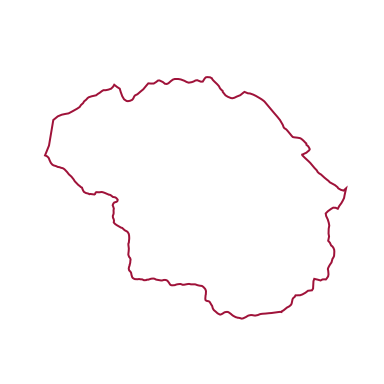 outline of Hiley, Geylegphug, Bhutan, rotated 100°
{"feature_id": "84629894B8166759987677", "entity_name": "Hiley", "entity_type": "district", "adm_level": 2, "iso_a3": "BTN", "parent_name": "Bhutan", "parent_adm1": "Geylegphug", "projection": "mercator", "projection_center": [90.268, 26.934], "detail": "fine", "context": "isolated", "style": "outline", "palette": "rose", "viewbox_px": 384, "rotation_deg": 100, "n_neighbors": 0, "source": "geoboundaries", "source_scale": "gbopen_adm2", "svg_char_len": 5980}
<svg xmlns="http://www.w3.org/2000/svg" viewBox="0 0 384 384"><g transform="rotate(100 192 192)"><path d="M76.6,192.1L75.9,194.2L76.0,194.9L76.2,197.0L76.7,198.3L77.7,199.0L78.7,199.5L79.7,199.9L81.4,200.6L81.8,202.4L81.5,203.9L81.0,206.3L81.6,208.0L82.9,209.6L83.9,211.4L84.9,214.2L84.6,216.4L83.8,218.8L83.1,222.6L83.1,225.3L83.7,228.6L84.6,230.3L86.5,232.1L89.0,234.1L90.0,235.6L90.1,237.5L88.8,239.7L87.8,243.3L88.1,244.8L89.9,246.4L91.8,248.5L92.3,251.0L92.6,253.9L94.9,255.3L99.3,257.8L102.0,260.1L105.2,262.7L106.7,264.8L107.9,265.5L110.2,266.1L111.6,266.9L112.9,268.8L113.7,270.9L113.7,272.3L112.5,275.0L109.8,277.3L106.0,279.5L102.8,281.1L101.6,284.0L99.9,287.2L102.0,288.0L104.3,289.6L105.7,292.1L106.7,294.6L107.1,296.9L108.4,298.4L110.2,300.0L111.8,301.8L113.4,303.2L115.2,307.5L116.6,310.1L117.6,311.1L119.4,312.2L121.5,314.0L123.4,314.7L125.7,316.5L127.8,317.4L130.0,319.7L133.5,324.0L136.0,327.2L137.2,330.5L138.5,333.7L140.8,337.3L145.2,341.1L171.1,340.9L181.5,343.1L181.8,341.7L182.1,340.8L183.1,339.3L184.0,338.6L185.4,337.8L187.8,336.1L189.3,334.3L189.8,333.0L190.1,330.5L190.3,329.5L190.6,328.9L190.6,326.6L190.9,325.2L191.0,323.4L191.4,322.3L192.0,321.2L194.0,318.5L196.0,316.3L197.8,313.4L200.1,310.8L201.8,309.3L204.8,305.2L205.6,303.6L206.4,302.4L206.8,301.1L207.9,300.5L209.3,299.6L210.6,298.5L211.0,297.5L211.4,296.4L211.6,293.7L212.0,292.7L211.6,291.8L211.4,287.7L210.8,287.1L209.9,287.0L208.8,286.3L208.4,283.3L207.7,281.0L207.7,280.0L207.8,279.2L208.0,277.9L208.8,274.5L209.1,273.3L209.0,272.6L209.2,271.7L209.8,270.5L210.6,269.1L210.6,266.8L210.8,266.2L211.1,265.5L212.4,263.9L213.0,263.8L214.1,264.0L214.8,264.7L215.8,266.7L216.9,267.4L218.0,267.7L218.9,267.8L219.8,267.2L221.9,266.1L223.5,266.1L226.4,265.5L227.6,265.5L229.0,265.8L230.0,265.7L231.1,265.3L232.2,264.5L233.9,263.8L235.5,263.8L236.1,263.2L237.0,261.9L237.8,260.1L238.7,257.6L239.0,256.8L239.4,255.7L239.5,254.5L241.2,251.9L241.5,251.2L242.0,249.6L242.3,248.9L242.8,248.2L243.4,247.7L244.1,247.1L245.0,246.7L245.8,246.4L247.4,246.0L249.0,245.7L250.6,245.6L253.0,245.4L253.6,245.7L255.0,245.5L258.6,244.4L261.2,244.1L264.5,243.9L265.4,243.5L266.9,242.6L267.8,241.5L268.7,241.0L269.5,240.7L270.3,240.8L271.9,240.6L273.6,240.6L274.4,240.8L275.2,240.7L276.8,241.0L277.6,241.0L278.4,241.0L279.2,240.7L279.9,240.4L280.5,239.8L280.9,239.1L281.5,238.5L282.1,238.0L282.8,237.7L284.4,237.1L285.1,236.7L285.8,236.4L286.5,235.9L287.0,235.3L287.3,234.5L287.6,233.8L287.7,233.0L287.5,231.4L287.4,230.6L286.9,229.0L286.9,227.4L286.8,226.6L286.7,225.8L287.2,224.2L287.1,223.4L286.9,222.6L286.7,221.8L286.2,221.2L285.9,219.8L284.7,217.6L284.4,216.9L284.2,216.1L284.0,215.3L283.9,214.5L284.0,213.7L284.5,212.1L284.5,211.3L284.5,209.6L284.5,207.2L284.4,206.4L284.1,205.6L283.7,204.9L283.4,204.1L283.3,203.3L283.2,202.5L283.4,201.7L283.6,200.9L284.1,200.3L284.6,199.7L285.8,198.5L286.4,198.0L287.0,197.4L287.3,196.7L287.4,195.9L287.3,195.1L286.7,192.7L286.2,192.0L285.5,190.6L285.0,189.0L284.8,188.2L284.6,187.4L284.7,186.6L285.0,185.0L284.8,184.2L284.6,183.4L283.7,181.1L283.2,179.6L283.0,178.8L283.1,177.1L283.0,176.3L282.4,173.1L282.5,172.1L282.8,170.5L282.9,168.8L282.9,168.0L282.8,166.4L282.9,165.6L283.3,164.8L283.7,164.1L284.7,162.8L285.2,162.2L285.9,161.7L286.6,161.3L287.3,161.0L288.1,160.9L290.5,160.6L291.3,160.7L294.6,160.4L295.4,160.2L296.1,159.9L296.5,159.2L296.7,158.4L296.7,157.6L296.7,156.8L296.9,156.0L297.4,155.3L298.0,154.8L299.9,153.2L300.4,152.6L301.1,152.2L302.6,151.5L303.3,151.1L303.9,150.5L304.5,150.0L304.9,149.3L305.7,147.9L307.0,145.8L307.3,145.0L307.8,143.4L307.8,142.8L307.3,141.9L306.5,140.8L305.4,139.7L304.8,139.0L304.5,138.3L304.2,137.5L304.0,136.7L303.9,135.9L304.1,135.1L304.4,134.4L305.5,132.2L306.0,131.5L306.3,130.8L306.7,130.1L307.0,129.3L307.2,128.5L307.5,127.8L307.7,127.0L307.7,126.2L307.9,125.4L307.8,124.6L307.8,123.0L307.9,122.2L308.1,121.4L307.9,120.6L307.6,119.8L306.2,117.8L305.7,117.1L304.6,115.9L304.1,115.3L303.7,114.6L303.4,113.8L303.1,113.1L302.9,112.3L302.8,111.5L302.8,109.0L302.7,108.2L302.1,106.7L301.8,105.9L300.5,103.8L300.2,103.1L299.7,101.5L298.9,98.3L298.0,95.2L297.8,94.4L297.6,93.6L297.4,92.8L295.4,86.6L294.9,85.0L294.7,84.2L294.7,83.0L293.9,82.8L293.3,82.2L292.9,81.5L289.2,78.3L288.1,76.8L287.3,76.0L285.7,74.8L284.4,74.5L281.5,74.4L280.4,74.4L279.6,74.2L278.6,73.7L277.5,72.7L275.8,72.1L274.9,67.6L273.7,65.5L271.5,62.8L269.1,60.6L268.0,56.8L266.1,56.0L258.7,56.9L256.3,56.5L256.5,53.0L256.8,50.0L255.5,48.4L255.0,46.5L254.9,45.0L254.1,44.5L251.5,43.3L249.3,43.3L245.9,44.2L244.4,44.8L243.6,44.8L241.4,44.2L239.5,43.5L237.2,42.4L235.0,42.2L233.3,42.0L232.0,41.4L230.3,41.0L228.3,41.2L225.9,41.5L224.1,42.0L222.5,43.0L221.2,44.3L220.5,45.7L218.0,47.4L216.4,49.4L212.0,49.3L209.3,50.3L204.5,51.0L201.2,51.0L198.5,52.0L195.5,53.5L192.4,55.7L189.9,56.6L187.3,54.8L184.4,52.0L182.9,50.2L182.6,47.8L183.2,45.5L180.1,44.5L177.1,43.0L174.3,42.0L171.5,41.2L168.9,41.2L161.6,40.9L164.3,43.0L164.0,45.8L163.0,48.6L162.0,49.5L160.4,52.4L158.5,58.0L157.2,59.7L156.9,60.4L154.9,64.0L154.0,65.4L152.3,68.1L151.6,70.0L150.5,71.7L149.0,72.9L147.1,75.5L142.9,80.5L141.5,82.5L138.4,87.3L137.0,89.3L136.6,89.8L136.0,90.0L135.5,89.1L134.4,87.6L133.6,86.4L132.9,85.7L132.1,85.2L131.6,84.6L130.9,84.1L130.2,83.7L129.4,83.5L128.7,83.9L126.8,85.5L125.7,87.5L124.3,87.9L123.9,88.7L122.4,90.7L121.5,92.1L120.7,93.5L120.4,94.3L120.2,95.1L120.2,95.9L120.2,97.5L120.4,100.8L120.4,101.6L120.3,102.4L119.3,103.7L115.6,108.0L114.4,109.5L113.9,110.2L113.3,111.7L112.9,112.4L112.3,113.0L110.9,113.8L110.2,114.2L106.4,117.4L105.8,117.9L105.3,118.5L103.1,121.0L99.5,125.4L90.6,136.0L90.1,136.7L89.7,137.4L88.6,139.6L87.7,141.9L86.3,145.7L85.6,148.1L85.4,148.9L84.9,152.0L85.1,154.1L84.3,157.7L85.2,158.6L88.3,161.3L90.2,164.4L91.8,166.6L92.7,168.6L92.7,170.1L92.0,173.3L91.0,175.8L88.1,179.1L87.1,179.4L86.3,180.8L85.3,182.1L84.7,182.7L83.4,183.6L82.8,184.2L81.4,186.0L79.2,189.3L78.2,190.7L77.3,191.7L76.6,192.1Z" fill="none" stroke="#9f1239" stroke-width="2"/></g></svg>